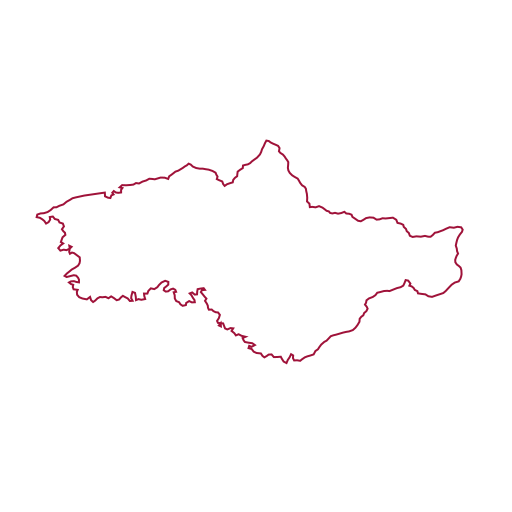 the district of Rio Negrinho, Santa Catarina, Brazil, rotated 259°
{"feature_id": "56859067B35225019314359", "entity_name": "Rio Negrinho", "entity_type": "district", "adm_level": 2, "iso_a3": "BRA", "parent_name": "Brazil", "parent_adm1": "Santa Catarina", "projection": "robinson", "projection_center": [-49.598, -26.45], "detail": "fine", "context": "isolated", "style": "outline", "palette": "rose", "viewbox_px": 512, "rotation_deg": 259, "n_neighbors": 0, "source": "geoboundaries", "source_scale": "gbopen_adm2", "svg_char_len": 5803}
<svg xmlns="http://www.w3.org/2000/svg" viewBox="0 0 512 512"><g transform="rotate(259 256 256)"><path d="M298.8,74.6L295.7,73.4L293.7,73.8L294.5,76.0L293.5,78.0L291.4,79.9L288.3,82.7L284.9,82.3L282.6,81.4L280.5,79.5L279.0,76.0L277.9,72.6L276.4,69.9L274.9,67.0L273.0,64.3L271.5,66.1L271.7,69.6L271.9,73.5L271.0,75.8L268.6,77.2L266.6,77.7L263.9,77.2L264.8,74.7L266.0,72.6L266.4,69.6L265.7,67.4L263.7,69.1L262.6,71.1L260.4,70.2L258.1,70.6L256.8,74.5L255.0,73.3L252.1,73.0L249.3,74.6L247.4,77.5L245.7,81.7L247.5,85.3L244.1,85.7L241.9,87.3L242.9,89.6L244.7,92.3L245.5,95.0L244.8,97.3L244.6,100.5L242.7,103.1L244.0,106.1L241.8,108.5L239.2,110.8L239.4,113.3L241.1,115.5L242.3,117.7L240.7,119.6L238.8,122.0L235.9,123.6L235.6,126.3L238.4,125.4L240.7,126.1L244.3,127.9L242.9,130.2L238.8,130.2L235.6,129.8L236.1,132.4L234.9,135.1L234.9,139.0L238.0,138.7L240.5,138.9L239.8,142.2L242.3,143.7L244.3,146.6L242.9,149.9L244.2,153.2L246.0,155.2L248.0,158.2L249.0,162.1L247.3,165.0L244.6,164.4L243.2,162.0L242.1,159.8L240.0,158.9L238.3,160.6L238.1,163.0L239.5,165.8L239.8,168.4L238.2,170.3L236.1,170.7L236.1,168.3L233.1,168.7L229.8,168.2L227.0,169.1L225.3,171.7L223.0,172.6L221.1,174.5L221.2,177.8L223.2,178.5L224.5,181.8L222.7,184.2L222.3,187.1L224.5,187.2L226.7,186.2L229.9,185.1L231.9,183.8L232.4,186.4L229.8,188.5L229.6,190.8L232.3,191.5L234.6,192.4L234.6,195.2L234.4,198.5L232.5,199.4L232.8,196.4L231.1,195.0L228.4,196.5L225.9,197.8L223.6,199.2L221.7,197.4L218.5,198.7L216.4,199.2L214.4,199.0L212.3,199.5L211.9,202.3L210.0,203.7L208.5,205.7L207.8,208.0L205.1,209.3L202.1,207.7L199.7,205.4L197.6,205.9L196.8,208.5L196.1,210.9L193.6,211.3L190.8,211.8L189.4,213.8L190.1,217.2L189.3,219.8L187.1,217.7L184.4,220.0L181.9,221.1L182.5,224.0L180.4,226.6L178.7,230.3L178.0,227.2L175.5,227.8L173.7,228.7L172.3,232.2L171.1,235.7L168.8,237.9L167.7,234.3L169.1,232.2L167.0,231.1L165.5,234.0L162.5,235.5L160.7,238.0L159.4,242.2L156.7,243.3L154.9,244.9L155.8,247.5L156.8,249.6L156.4,252.5L153.4,254.2L152.8,257.5L152.4,261.1L150.1,261.8L147.1,263.0L145.1,265.5L147.8,267.3L150.2,269.7L152.9,271.7L151.3,273.5L148.7,272.8L146.2,273.5L145.8,276.4L144.7,279.4L145.8,281.4L147.2,284.6L147.7,287.3L147.9,290.0L148.4,293.8L151.4,296.2L152.6,299.0L154.4,300.7L156.6,303.1L158.7,306.7L159.4,309.1L161.1,311.5L163.0,314.1L163.4,316.8L163.5,319.5L163.8,322.8L164.2,326.9L164.3,330.2L164.2,332.9L164.8,336.9L166.6,339.9L168.8,342.4L171.7,345.0L174.6,345.8L176.3,347.8L177.3,350.0L179.4,351.3L180.8,353.8L183.0,355.5L185.1,355.0L187.5,353.7L189.1,355.1L191.4,356.0L192.8,358.8L193.5,362.8L194.8,365.8L196.8,368.0L196.9,370.9L197.2,374.9L196.8,378.1L196.1,380.4L196.6,383.0L197.1,385.6L197.6,388.3L197.8,392.0L198.8,394.9L200.8,396.4L203.8,398.3L202.8,400.7L199.5,402.3L197.6,400.9L196.5,403.0L194.6,404.6L192.4,405.4L190.7,407.7L188.4,407.9L187.3,411.0L186.0,415.0L183.6,417.5L182.3,421.0L183.0,425.8L183.5,429.8L183.9,432.8L185.4,435.5L186.8,437.4L188.6,439.9L190.5,442.6L192.0,446.1L192.4,450.1L194.6,452.2L196.6,453.4L198.8,454.3L200.8,454.6L202.9,454.9L205.6,454.6L207.4,453.3L209.4,451.5L211.8,450.5L214.2,450.8L216.2,451.9L218.0,453.1L219.8,454.8L222.4,454.3L225.0,454.5L228.1,454.1L230.7,455.2L233.3,456.4L235.7,457.9L238.2,460.2L240.4,462.8L242.4,463.9L245.0,462.9L246.2,459.4L246.0,455.6L247.3,451.6L246.5,447.8L245.6,444.5L245.2,441.9L244.7,439.0L244.7,436.0L242.9,433.6L241.6,431.1L242.1,428.7L243.5,425.7L243.5,421.5L244.7,417.2L244.8,413.4L246.5,410.9L249.5,410.4L251.6,408.7L253.9,408.4L256.4,406.6L258.5,406.5L260.2,404.2L261.5,401.2L264.8,400.6L267.5,397.7L267.8,393.9L268.1,390.4L268.9,387.4L268.4,384.2L268.7,381.3L271.2,378.6L272.2,374.9L272.2,371.3L271.0,368.3L270.1,365.5L271.1,362.9L273.9,360.2L276.0,358.1L278.3,357.7L279.7,355.5L280.5,352.7L282.5,351.2L281.9,347.9L281.9,344.6L283.3,341.8L283.2,339.1L284.1,337.0L285.9,336.0L286.9,333.9L288.7,332.4L290.8,330.5L292.9,327.4L292.4,323.8L293.5,320.6L293.7,318.2L297.2,318.4L299.8,316.5L303.4,317.4L307.3,317.8L310.1,317.7L312.5,317.8L314.5,317.0L316.6,314.7L319.4,313.3L321.6,312.6L324.0,311.7L326.2,309.1L328.3,306.9L331.1,305.0L333.8,304.1L336.4,304.1L339.5,305.0L342.0,305.6L344.0,304.9L346.0,303.9L348.1,303.1L350.4,301.8L352.5,299.6L354.4,298.5L357.4,299.7L359.9,298.7L361.4,296.6L363.0,294.2L364.7,292.0L366.4,290.5L367.3,288.2L365.0,286.3L362.3,284.5L359.7,282.3L357.1,280.9L354.9,279.2L352.3,275.7L350.9,272.6L349.6,269.9L348.3,268.0L347.5,265.5L347.5,262.8L347.3,260.5L344.8,259.8L343.7,256.9L342.3,254.1L339.9,253.3L337.9,252.7L336.8,250.3L335.1,248.2L332.7,247.2L332.5,244.9L332.0,241.3L330.8,238.6L332.9,237.5L335.6,237.1L337.5,234.2L339.0,232.2L341.3,233.4L343.4,232.6L345.5,232.2L347.8,229.5L349.8,226.0L350.9,222.9L351.9,220.4L352.4,217.6L353.8,214.0L355.9,211.0L358.2,209.4L359.5,207.5L358.2,205.4L357.5,203.2L356.4,200.9L355.6,198.7L354.6,196.0L354.2,193.0L353.1,190.9L351.9,188.5L350.8,186.0L348.4,184.5L350.3,181.3L351.2,177.3L350.9,174.3L350.6,171.3L351.5,168.6L352.2,166.0L351.1,162.6L350.7,158.8L349.5,155.0L350.5,152.1L349.5,149.3L349.7,146.2L350.2,142.1L351.1,138.1L349.4,135.3L348.2,137.8L346.7,136.2L344.1,135.7L344.3,132.8L345.1,130.5L346.9,128.8L345.5,127.0L343.6,127.9L343.1,125.6L340.7,124.1L341.5,121.8L343.4,119.2L347.1,119.7L348.1,99.0L347.9,90.0L347.7,86.9L346.6,84.1L345.4,80.4L343.4,76.8L342.8,72.5L341.9,69.4L342.4,66.6L340.3,63.2L338.9,59.8L338.5,55.9L338.9,52.6L338.4,49.2L336.0,48.1L334.7,51.2L332.7,53.3L330.8,54.9L327.9,56.1L328.8,58.8L331.0,60.9L333.6,61.0L333.5,64.1L330.7,65.6L329.2,68.7L326.4,69.5L324.7,72.6L321.7,73.1L319.3,70.6L317.1,71.6L315.3,72.9L313.1,72.9L311.3,69.7L309.3,68.5L306.9,67.1L305.1,69.1L303.7,66.1L301.5,63.4L298.6,65.0L298.9,68.4L297.9,71.1L298.8,74.6ZM298.8,74.6L301.7,74.7L300.2,76.7L298.8,74.6ZM196.8,208.5L194.9,206.3L193.6,208.1L196.8,208.5Z" fill="none" stroke="#9f1239" stroke-width="2"/></g></svg>